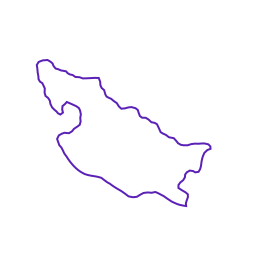 outline of Alpercata, Minas Gerais, Brazil, rotated 249°
{"feature_id": "56859067B994908166412", "entity_name": "Alpercata", "entity_type": "district", "adm_level": 2, "iso_a3": "BRA", "parent_name": "Brazil", "parent_adm1": "Minas Gerais", "projection": "natural_earth1", "projection_center": [-42.012, -18.997], "detail": "fine", "context": "isolated", "style": "outline", "palette": "violet", "viewbox_px": 256, "rotation_deg": 249, "n_neighbors": 0, "source": "geoboundaries", "source_scale": "gbopen_adm2", "svg_char_len": 2127}
<svg xmlns="http://www.w3.org/2000/svg" viewBox="0 0 256 256"><g transform="rotate(249 128 128)"><path d="M221.7,68.3L219.5,65.4L216.1,64.7L212.3,63.6L208.6,62.9L205.6,62.0L202.9,62.4L200.5,64.1L197.9,64.3L194.8,64.5L190.9,62.8L187.5,62.5L184.6,64.2L181.6,64.8L178.3,64.2L174.5,64.5L171.5,65.8L169.0,67.2L166.8,67.9L164.8,69.7L165.7,72.8L168.9,73.2L171.9,74.7L172.9,77.6L174.2,80.2L170.5,84.0L166.9,87.5L164.2,89.3L161.5,89.5L157.7,88.9L154.4,87.0L151.1,86.1L148.3,84.1L147.4,80.9L146.6,77.3L145.0,74.6L144.3,71.0L146.3,67.0L146.4,64.3L145.9,60.8L143.2,57.9L139.7,57.8L136.5,57.7L133.7,58.8L130.3,59.2L127.1,59.4L123.4,60.4L120.2,61.1L116.7,62.0L113.0,63.3L109.5,64.8L106.4,66.5L103.8,68.3L100.7,70.9L98.7,73.4L97.1,75.8L95.3,78.9L93.5,81.9L91.1,85.2L88.0,87.1L85.0,89.0L82.6,91.0L79.8,92.8L77.4,94.5L74.8,96.5L71.6,99.1L67.6,101.8L64.0,104.0L61.6,107.8L60.6,111.6L61.3,115.3L61.8,119.2L60.8,123.2L59.1,126.8L58.4,130.7L56.1,133.0L53.9,134.9L51.4,137.1L48.9,138.7L46.8,140.2L43.7,142.4L41.2,144.8L39.2,146.9L37.6,148.9L35.8,151.7L34.3,154.3L37.1,155.1L39.1,156.7L42.1,159.2L44.7,160.1L47.4,158.6L50.5,156.1L53.9,153.6L56.7,154.7L58.4,157.3L59.5,160.8L61.6,163.5L64.1,164.7L65.6,167.1L66.1,170.5L64.5,173.3L62.5,174.9L61.8,178.1L63.6,180.4L65.6,182.0L68.0,183.4L70.4,184.7L72.7,186.2L74.9,187.9L77.4,190.4L79.0,194.2L79.0,197.6L81.3,198.3L83.9,197.2L86.2,193.8L87.2,191.0L88.0,188.3L89.4,184.9L90.3,181.3L90.5,177.5L91.9,173.8L93.3,171.4L95.8,169.3L99.0,168.3L102.1,167.1L104.7,162.9L108.0,160.9L110.3,158.6L112.4,157.0L117.7,156.7L121.2,156.4L123.3,154.7L125.0,151.9L128.4,150.3L131.2,148.2L132.6,144.8L134.9,143.4L138.2,143.4L141.3,143.6L143.8,142.1L146.3,138.7L147.1,135.6L147.4,132.3L148.4,128.7L151.4,127.2L155.2,126.5L158.4,124.3L161.2,122.8L163.2,120.8L165.1,119.2L167.6,118.9L171.9,119.3L174.9,117.7L178.0,117.6L181.2,118.6L185.2,118.6L186.6,115.2L188.0,110.9L189.5,106.4L190.5,103.6L192.8,100.9L194.5,97.2L197.3,95.3L198.8,93.0L200.8,91.3L203.1,90.5L204.5,88.2L205.8,86.0L207.8,84.0L209.5,81.7L212.7,80.7L215.3,80.7L217.5,79.5L220.3,77.3L221.7,72.5L221.7,68.3Z" fill="none" stroke="#5b21b6" stroke-width="2"/></g></svg>